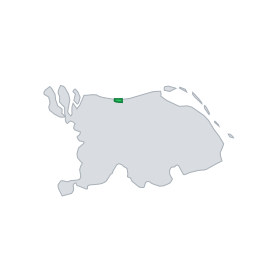 location of Noordwijk, Zuid-Holland, Netherlands, rotated 63°
{"feature_id": "6326949B12806125708238", "entity_name": "Noordwijk", "entity_type": "district", "adm_level": 2, "iso_a3": "NLD", "parent_name": "Netherlands", "parent_adm1": "Zuid-Holland", "projection": "albers", "projection_center": [4.48, 52.27], "detail": "fine", "context": "in_parent", "style": "filled", "palette": "green", "viewbox_px": 256, "rotation_deg": 63, "n_neighbors": 0, "source": "geoboundaries", "source_scale": "gbopen_adm2", "svg_char_len": 3730}
<svg xmlns="http://www.w3.org/2000/svg" viewBox="0 0 256 256"><g transform="rotate(63 128 128)"><path d="M158.7,217.5L154.7,217.5L151.0,217.4L149.0,217.1L146.9,216.2L145.9,214.3L144.7,212.0L145.0,210.6L148.4,206.4L148.9,205.3L148.6,204.7L148.9,202.9L151.4,196.8L151.7,194.4L150.5,192.7L148.8,191.7L143.2,190.0L140.5,187.5L139.2,185.3L138.0,184.7L136.2,185.5L131.6,186.4L127.8,185.2L123.3,181.1L122.3,177.3L121.7,174.5L120.6,173.5L119.1,175.0L117.3,177.3L113.5,177.6L112.5,177.1L112.3,175.8L112.1,174.6L111.1,173.0L110.0,172.2L105.3,176.5L103.5,176.5L101.3,174.8L100.2,173.2L97.8,174.1L95.6,176.1L96.4,179.9L95.2,180.6L92.5,180.2L89.5,178.7L86.1,177.7L81.0,175.1L73.8,177.2L68.9,174.6L64.8,174.3L62.3,172.3L59.5,168.8L61.5,166.6L63.4,165.9L71.0,165.6L76.4,167.0L86.2,174.4L88.7,174.3L91.4,173.4L90.0,171.4L87.6,170.4L83.9,168.4L81.0,165.7L87.9,164.8L86.9,163.4L86.0,160.9L78.9,152.3L80.1,150.0L81.9,145.1L84.2,141.0L86.0,139.9L89.0,137.0L95.4,128.4L99.4,121.5L102.4,113.2L106.7,90.4L108.0,86.6L110.1,82.3L112.7,83.1L114.6,84.3L121.0,81.0L132.0,72.5L135.2,65.1L138.3,61.7L150.9,54.9L157.8,52.8L168.6,52.0L176.3,50.6L185.6,49.9L189.3,53.9L191.5,56.8L194.8,58.3L200.0,59.2L200.0,65.1L200.4,76.8L200.1,78.9L198.0,83.8L195.8,92.8L195.3,98.6L194.6,99.7L184.7,100.0L183.3,101.0L183.1,102.3L183.7,103.8L183.5,105.3L182.7,106.5L183.2,108.4L185.0,110.5L188.2,111.8L191.6,111.8L193.3,111.5L194.7,113.0L196.0,115.4L196.0,118.4L195.7,122.5L194.2,126.3L189.7,130.7L187.7,132.3L185.7,133.2L184.8,134.4L184.4,135.8L184.6,137.1L188.0,140.5L188.0,141.3L187.0,143.1L185.8,144.8L177.3,148.6L173.8,148.4L171.8,150.2L171.2,150.6L168.9,149.0L163.9,147.3L162.0,148.0L161.0,149.0L157.8,150.3L155.6,152.3L155.7,154.8L159.8,161.2L161.2,162.4L161.4,164.8L163.4,167.8L165.5,171.6L165.7,174.0L165.6,176.4L164.6,179.9L161.3,188.1L161.3,189.6L161.6,190.8L162.8,191.1L163.7,191.7L163.5,192.8L157.0,198.6L156.2,199.6L153.4,199.3L153.0,200.3L153.4,201.8L154.5,203.1L156.9,203.8L159.0,205.1L160.7,207.9L158.7,217.5ZM89.5,178.7L88.9,181.0L87.4,183.6L82.2,187.3L76.8,189.7L74.1,189.4L72.2,188.1L71.2,186.7L68.3,185.4L64.4,184.7L61.9,186.1L60.2,187.4L58.6,187.1L57.5,186.0L56.6,184.3L55.6,178.9L58.5,178.0L64.8,177.7L69.7,179.6L76.2,180.6L81.2,178.1L85.0,180.3L89.5,178.7ZM78.9,156.7L82.7,160.1L83.4,161.2L83.7,162.4L78.9,163.7L73.9,159.5L70.5,160.5L69.3,158.5L69.3,157.3L72.8,156.3L78.9,156.7ZM114.4,74.2L110.8,78.6L108.5,77.4L107.9,76.4L109.0,73.0L114.4,67.2L114.4,74.2ZM130.6,54.5L127.2,55.1L125.6,54.2L133.9,51.7L139.1,50.8L140.0,51.2L130.6,54.5ZM152.8,49.7L145.6,50.8L143.1,50.1L142.7,49.4L144.6,48.9L150.9,48.7L152.8,49.3L152.8,49.7ZM122.6,59.4L115.8,64.0L115.2,63.3L119.6,59.3L122.6,59.4ZM182.3,41.2L178.9,41.5L179.8,39.9L183.0,38.5L184.7,38.5L182.3,41.2ZM167.7,46.1L162.5,48.3L161.3,47.9L161.6,47.3L166.1,45.9L167.7,46.1Z" fill="#d9dde1" stroke="#a8b0b8" stroke-width="1"/><path d="M101.9,121.2L101.7,121.1L101.2,120.9L100.9,120.8L100.5,120.6L99.9,120.3L99.2,120.0L99.0,120.7L98.7,121.3L98.4,121.8L98.1,122.4L97.9,122.9L97.6,123.5L97.0,124.6L96.8,125.1L96.5,125.7L96.2,126.3L95.9,126.7L97.0,127.3L97.2,127.2L97.3,127.3L97.4,127.5L97.5,127.4L97.6,127.5L97.7,127.8L97.8,127.8L97.8,127.7L98.0,127.7L98.3,127.5L98.3,127.4L98.5,127.3L98.7,127.2L98.8,127.2L98.7,127.2L98.8,127.1L99.0,126.9L98.9,126.9L98.8,126.7L99.0,126.4L99.4,126.1L99.6,125.8L99.9,125.5L100.0,125.4L100.1,125.2L100.3,125.1L100.5,124.9L100.7,124.7L100.8,124.6L100.9,124.4L101.0,124.3L101.0,124.2L101.2,123.9L101.3,123.7L101.2,123.7L101.3,123.5L101.4,123.4L101.5,123.3L101.5,123.2L101.6,122.9L101.7,122.7L101.8,122.7L101.9,122.4L102.0,122.3L102.0,122.2L102.4,121.6L102.5,121.5L102.4,121.4L102.1,121.3L102.0,121.2L101.9,121.2L101.9,121.2Z" fill="#22c55e" stroke="#15803d" stroke-width="1.5"/></g></svg>